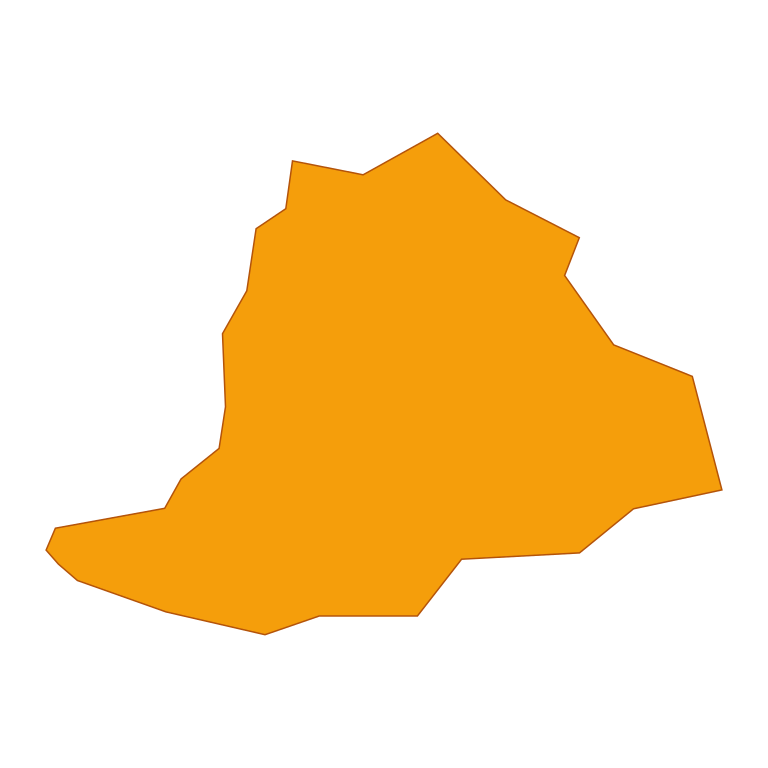 outline of Alsungas
{"feature_id": "LVA-5710", "entity_name": "Alsungas", "entity_type": "Municipality", "adm_level": 1, "iso_a3": "LVA", "parent_name": "Latvia", "parent_adm1": "", "projection": "robinson", "projection_center": [21.529, 56.995], "detail": "fine", "context": "isolated", "style": "filled", "palette": "amber", "viewbox_px": 768, "rotation_deg": 0, "n_neighbors": 0, "source": "natural_earth", "source_scale": "10m", "svg_char_len": 476}
<svg xmlns="http://www.w3.org/2000/svg" viewBox="0 0 768 768"><path d="M265.0,634.7L166.0,611.9L77.4,580.5L58.4,564.1L46.1,550.1L55.4,528.2L164.7,508.3L181.1,478.9L219.1,448.4L225.5,406.8L222.5,333.7L246.8,290.8L256.1,228.7L285.8,208.7L292.5,160.9L363.1,174.8L437.7,133.3L505.7,199.9L579.3,237.7L564.6,275.5L613.7,344.9L692.3,376.4L721.9,489.9L633.5,508.8L579.5,552.9L461.6,559.2L417.4,616.0L319.2,616.0L265.0,634.7Z" fill="#f59e0b" stroke="#b45309" stroke-width="1.5"/></svg>